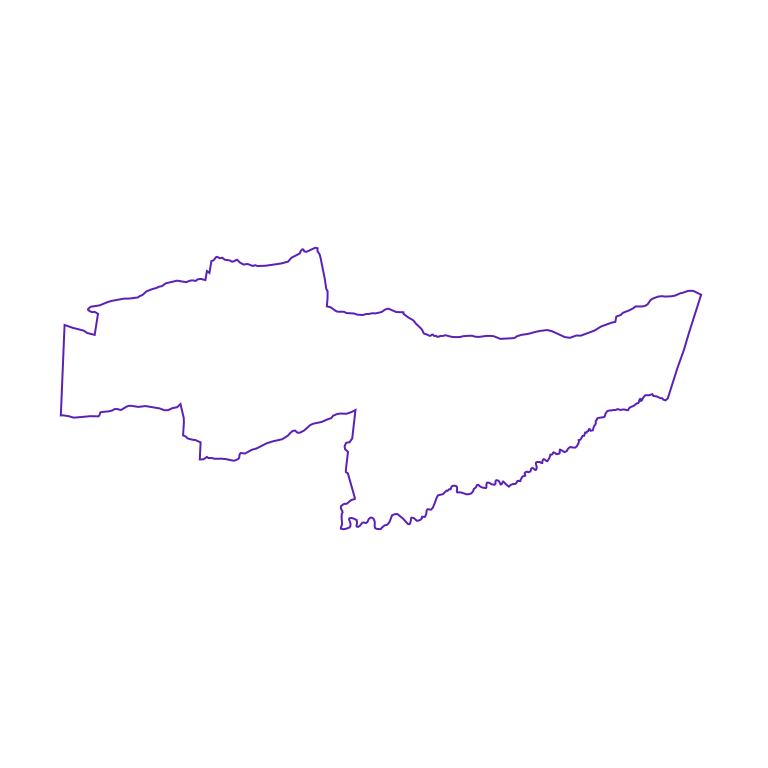 Acuamanala de Miguel Hidalgo, Tlaxcala, Mexico, rotated 354°
{"feature_id": "50627088B41690170063665", "entity_name": "Acuamanala de Miguel Hidalgo", "entity_type": "district", "adm_level": 2, "iso_a3": "MEX", "parent_name": "Mexico", "parent_adm1": "Tlaxcala", "projection": "equal_earth", "projection_center": [-98.159, 19.216], "detail": "fine", "context": "isolated", "style": "outline", "palette": "violet", "viewbox_px": 768, "rotation_deg": 354, "n_neighbors": 0, "source": "geoboundaries", "source_scale": "gbopen_adm2", "svg_char_len": 6150}
<svg xmlns="http://www.w3.org/2000/svg" viewBox="0 0 768 768"><g transform="rotate(354 384 384)"><path d="M664.7,428.0L677.5,398.8L685.9,381.3L692.6,365.1L708.7,328.4L701.3,323.7L696.2,323.2L690.6,324.5L688.3,324.7L682.9,326.5L679.0,326.8L673.3,326.5L669.4,325.7L666.0,325.7L660.4,327.1L657.9,328.3L654.5,332.3L652.0,333.5L649.3,333.9L642.2,333.2L640.2,334.5L635.9,336.3L629.0,338.2L626.6,340.1L622.1,341.2L620.5,346.4L617.2,346.7L605.9,349.5L599.1,352.8L584.8,356.5L580.3,355.9L573.8,357.5L568.8,356.3L556.5,349.0L552.0,347.4L545.7,347.5L540.8,347.9L532.9,349.2L525.7,349.5L521.3,350.4L518.8,351.8L516.9,351.9L504.5,351.3L498.5,348.1L495.8,347.4L490.6,346.9L483.3,347.1L479.7,346.5L476.5,345.2L472.8,344.9L468.0,344.7L464.6,345.2L460.2,344.9L456.3,344.2L450.1,341.9L447.6,342.4L445.0,342.1L443.4,342.7L441.9,342.6L440.7,341.5L439.7,341.6L438.6,341.2L437.9,340.1L437.3,339.9L436.5,340.1L435.6,340.8L434.2,340.8L431.9,339.3L429.3,338.2L428.7,337.5L427.8,334.7L426.9,333.0L422.2,327.5L420.3,324.5L419.5,323.5L414.8,320.1L410.7,316.2L410.8,314.7L403.7,313.7L396.6,309.7L395.5,309.5L392.6,310.2L389.9,311.8L388.3,312.3L382.6,312.9L380.0,312.4L375.5,312.8L373.7,312.5L370.2,313.2L364.6,312.2L361.8,310.8L354.0,309.5L351.8,308.0L345.7,307.3L343.9,306.5L338.9,302.1L335.3,300.8L336.8,292.9L337.6,285.8L336.5,283.3L336.1,273.4L334.1,251.8L333.4,248.0L331.7,244.8L332.1,242.0L329.8,241.3L320.9,244.4L318.6,243.8L317.9,241.9L316.8,241.5L315.1,243.0L313.8,245.4L305.1,248.8L301.3,252.3L294.3,253.4L278.9,254.0L270.6,253.5L268.4,252.4L265.9,252.9L260.9,250.4L256.8,250.5L253.2,248.0L251.0,245.1L250.0,245.2L248.3,246.1L245.7,246.5L243.6,245.0L238.5,243.7L236.4,241.5L233.7,241.8L231.7,240.3L230.7,240.1L230.1,240.4L227.4,243.2L225.2,243.7L222.0,255.3L219.7,253.1L217.2,262.0L212.7,260.3L209.5,260.5L207.6,261.8L203.9,260.8L200.8,261.2L198.1,262.1L189.1,259.6L178.8,260.9L177.2,261.2L173.5,263.4L169.5,263.9L168.2,264.6L163.0,265.5L157.4,267.1L153.0,270.3L150.4,271.0L148.3,272.2L139.2,272.4L134.7,271.9L121.6,272.9L117.9,273.6L109.2,276.1L100.3,276.5L97.4,278.7L97.7,279.8L100.8,281.9L103.9,282.1L106.9,284.3L101.4,304.9L94.2,302.3L90.9,299.5L80.3,295.6L72.5,291.9L59.3,381.5L61.6,381.6L67.8,383.3L70.6,384.6L72.8,385.1L88.7,385.3L96.5,386.3L97.5,385.7L98.9,382.7L99.7,382.4L107.6,382.4L111.1,381.9L113.1,380.9L115.4,380.8L119.1,382.2L120.2,382.2L125.6,379.6L128.0,379.0L130.9,379.4L137.3,381.1L144.5,381.0L158.2,384.8L162.8,387.1L166.4,387.5L170.9,385.9L175.7,385.5L179.5,382.7L181.3,396.9L181.0,401.2L178.8,414.1L181.6,415.7L183.0,417.6L187.6,419.4L190.5,420.0L195.5,422.9L192.9,439.8L196.6,440.0L200.3,438.0L201.6,439.3L204.7,439.5L207.6,440.6L214.6,441.3L219.0,442.2L226.5,444.6L228.2,444.4L231.2,443.3L232.2,442.3L233.1,438.8L234.2,437.7L238.6,438.6L245.7,435.6L250.5,434.8L261.1,430.7L267.5,429.4L276.9,428.3L283.2,425.2L285.5,423.0L288.4,421.1L290.7,421.0L292.8,423.4L295.4,423.6L299.7,421.9L306.4,417.1L309.4,416.1L318.1,415.2L324.3,413.2L328.0,412.4L330.1,410.2L334.2,409.0L337.4,408.8L343.6,409.7L349.1,408.4L352.9,406.9L346.7,434.9L343.5,438.4L341.3,438.3L340.0,438.8L338.3,441.8L338.5,444.8L341.1,447.7L337.4,464.0L336.9,466.7L337.0,467.8L338.7,469.0L343.1,494.3L342.9,495.3L339.3,496.0L334.4,499.2L332.1,499.1L330.7,499.5L328.6,500.9L328.2,501.9L328.2,503.4L329.3,506.4L329.4,507.4L328.6,508.4L327.9,511.5L327.7,518.7L327.4,520.0L326.6,521.0L326.0,523.4L328.5,524.2L331.2,524.0L334.8,523.0L335.7,521.9L336.1,519.6L335.2,515.2L335.2,514.4L335.9,513.9L337.5,513.8L339.5,514.5L342.6,516.5L342.7,519.0L341.8,522.1L342.2,523.0L343.1,523.4L345.0,522.7L347.9,519.7L349.6,519.7L351.7,520.4L352.7,519.8L353.5,518.9L354.7,516.7L356.4,515.6L357.3,515.5L358.4,515.9L359.6,517.1L360.3,519.6L360.3,521.4L359.8,524.3L360.1,526.4L361.7,527.3L364.4,527.9L365.9,527.8L366.5,526.9L369.7,524.7L372.5,524.3L375.0,521.9L378.3,515.4L380.7,514.7L383.3,514.6L384.3,515.3L389.0,520.0L393.2,525.8L394.6,526.1L395.2,525.7L396.3,523.0L396.8,520.5L397.4,519.8L399.1,520.2L400.0,520.8L402.3,523.4L404.0,523.5L406.2,522.8L407.6,521.7L407.6,520.7L408.0,520.0L410.7,520.5L412.2,518.3L413.2,514.3L414.2,513.1L417.6,513.9L419.5,512.3L421.5,508.8L424.4,502.7L426.0,500.4L431.1,499.7L434.9,496.6L436.1,496.9L437.7,495.5L439.2,495.7L440.5,493.1L441.4,492.5L443.6,492.5L445.4,493.3L445.7,493.8L445.8,495.5L445.2,498.6L445.4,499.3L445.8,499.6L446.9,499.5L449.3,499.9L454.5,502.3L456.3,502.5L459.5,501.9L461.7,499.6L462.0,498.4L462.4,497.8L464.5,496.5L465.9,494.3L466.3,494.1L467.2,494.1L469.0,496.1L470.9,497.2L473.5,498.0L474.7,498.0L475.1,497.2L475.4,494.4L476.1,493.0L477.1,492.9L478.4,493.3L480.6,495.0L483.5,495.7L484.5,494.7L484.7,492.4L485.6,491.4L487.2,491.8L488.1,492.6L489.5,496.1L490.5,496.0L491.6,494.1L492.2,493.4L492.5,493.5L494.7,496.4L497.4,499.1L499.4,497.6L502.3,496.9L503.9,497.2L505.2,496.4L506.6,494.3L509.5,494.8L509.8,493.6L512.0,490.5L514.8,490.0L514.5,487.5L515.9,486.3L517.1,486.2L518.5,486.8L519.7,486.6L520.9,485.6L521.6,483.5L522.7,483.0L523.8,483.5L525.3,485.3L526.2,485.2L526.8,484.3L527.2,482.8L526.7,479.2L526.8,478.5L527.2,477.8L528.1,477.6L530.5,477.8L531.2,478.1L532.0,478.9L533.1,479.1L533.7,476.8L534.2,475.9L535.0,475.5L535.9,475.9L537.5,477.5L538.4,477.8L540.7,475.0L542.1,471.6L543.3,471.8L544.3,471.3L544.9,470.0L545.5,469.7L547.2,470.6L548.0,471.7L548.7,471.9L551.1,471.5L551.6,470.7L551.8,468.2L552.2,467.7L553.0,468.0L556.4,470.6L558.7,469.8L560.1,467.8L561.8,466.5L563.0,466.1L564.4,466.8L567.8,467.2L569.4,465.9L571.4,463.0L571.8,461.5L571.8,460.1L573.5,459.9L576.1,456.4L577.7,456.4L578.9,453.3L580.4,453.5L581.0,452.4L582.1,452.2L583.3,450.3L583.9,450.4L584.0,451.4L584.6,452.1L586.8,451.9L588.3,448.2L590.4,445.7L590.8,442.7L591.7,442.1L592.9,440.2L599.5,439.9L600.3,438.9L601.3,436.5L603.1,434.4L605.0,433.9L607.3,434.1L609.4,433.8L611.4,434.1L613.8,433.4L616.6,434.6L619.8,434.3L622.8,435.4L624.0,435.5L625.1,433.9L626.5,432.9L629.8,431.9L633.4,429.7L635.0,429.5L635.7,428.5L636.0,427.1L637.1,425.6L637.6,425.7L637.9,427.6L638.6,427.3L640.4,424.6L642.4,422.7L643.2,422.5L646.2,422.9L649.8,422.2L650.7,424.0L653.8,424.8L657.3,426.9L659.3,427.4L660.1,428.7L662.2,429.7L664.7,428.0Z" fill="none" stroke="#5b21b6" stroke-width="2"/></g></svg>